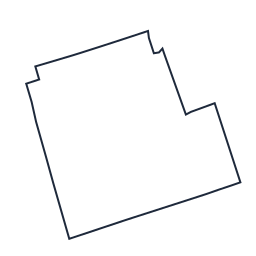 Steuben, New York, United States of America, rotated 342°
{"feature_id": "52423323B60397494558599", "entity_name": "Steuben", "entity_type": "district", "adm_level": 2, "iso_a3": "USA", "parent_name": "United States of America", "parent_adm1": "New York", "projection": "equal_earth", "projection_center": [-77.339, 42.29], "detail": "fine", "context": "isolated", "style": "outline", "palette": "slate", "viewbox_px": 256, "rotation_deg": 342, "n_neighbors": 0, "source": "geoboundaries", "source_scale": "gbopen_adm2", "svg_char_len": 499}
<svg xmlns="http://www.w3.org/2000/svg" viewBox="0 0 256 256"><g transform="rotate(342 128 128)"><path d="M70.0,215.0L94.1,214.8L105.3,214.8L181.6,215.0L195.6,214.7L208.5,214.6L218.1,214.4L218.1,155.0L218.1,131.2L192.9,132.1L187.2,133.1L185.4,69.7L185.3,63.1L180.8,65.7L175.7,64.9L175.7,48.8L177.0,41.9L154.4,42.0L126.0,42.0L105.6,41.9L97.6,41.8L58.9,40.8L58.5,54.4L44.9,54.4L44.4,73.5L42.5,93.6L41.1,130.3L39.9,157.1L37.9,215.2L70.0,215.0Z" fill="none" stroke="#1e293b" stroke-width="2"/></g></svg>